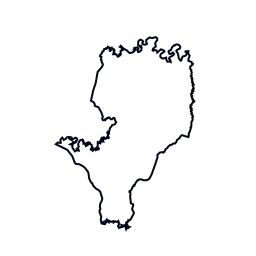 the district of Na Wa, Nakhon Phanom, Thailand, rotated 207°
{"feature_id": "78962969B93773491047037", "entity_name": "Na Wa", "entity_type": "district", "adm_level": 2, "iso_a3": "THA", "parent_name": "Thailand", "parent_adm1": "Nakhon Phanom", "projection": "robinson", "projection_center": [104.093, 17.513], "detail": "fine", "context": "isolated", "style": "outline", "palette": "ink", "viewbox_px": 256, "rotation_deg": 207, "n_neighbors": 0, "source": "geoboundaries", "source_scale": "gbopen_adm2", "svg_char_len": 5816}
<svg xmlns="http://www.w3.org/2000/svg" viewBox="0 0 256 256"><g transform="rotate(207 128 128)"><path d="M74.0,163.9L74.5,165.6L75.5,166.3L75.2,167.7L75.5,168.1L77.1,168.6L77.1,169.5L77.9,169.7L77.7,169.9L78.3,170.9L79.6,171.5L79.2,172.6L80.1,172.9L80.0,173.5L81.4,174.0L81.6,174.5L81.2,174.6L81.9,174.9L82.0,176.0L82.3,175.9L82.6,176.7L81.7,177.1L82.3,178.8L81.2,181.1L81.8,181.3L81.5,181.9L82.3,181.8L83.0,183.0L83.7,182.8L84.1,183.7L85.1,184.2L85.8,185.0L85.4,185.7L87.0,186.4L87.3,187.4L86.4,188.3L87.5,189.4L86.9,190.1L87.6,190.2L88.0,191.0L87.1,191.5L87.7,192.3L87.3,192.5L87.4,193.2L88.6,194.1L88.8,195.0L89.6,195.1L90.0,195.8L89.4,196.5L90.3,196.7L90.7,198.0L91.7,197.8L92.5,200.1L92.9,200.0L93.0,200.6L93.8,200.9L93.7,202.0L95.6,202.7L95.2,203.8L96.3,205.5L96.4,206.5L97.4,207.2L97.8,208.4L99.1,208.7L100.3,210.5L100.4,211.2L99.1,214.1L99.2,214.7L100.3,214.6L101.3,215.7L104.7,215.2L105.4,216.9L105.9,220.4L108.3,221.8L109.0,223.9L111.5,222.5L111.3,221.9L109.6,222.0L109.1,221.1L109.7,218.3L111.8,216.5L111.3,212.3L111.6,211.9L114.2,213.0L117.3,217.0L120.0,218.5L119.9,219.6L117.8,222.6L118.4,224.2L119.9,225.0L121.6,224.9L123.0,224.4L123.8,222.7L124.4,222.8L125.4,220.0L125.2,216.8L126.6,215.3L126.5,214.3L124.6,212.8L123.4,213.7L122.2,215.7L120.5,214.8L120.9,213.1L123.0,209.9L123.1,208.9L122.8,208.3L121.2,207.9L119.9,206.2L121.7,206.0L123.0,204.9L124.9,206.3L126.0,208.0L128.5,205.6L130.0,205.6L131.6,206.2L132.3,208.0L132.2,209.2L130.2,212.5L130.4,213.0L131.2,213.3L134.3,213.1L136.2,208.6L136.9,209.6L138.3,210.0L140.0,209.5L140.5,208.3L141.2,208.2L141.6,209.0L141.6,210.3L140.2,213.3L142.1,215.5L142.3,217.7L141.8,219.6L142.6,221.1L144.5,221.6L147.1,219.2L150.0,218.4L151.7,214.8L151.0,213.1L149.3,211.6L150.4,210.1L152.8,209.3L153.7,210.0L153.8,212.0L156.0,212.6L157.2,212.3L158.0,210.7L158.0,209.3L156.3,205.9L154.1,207.1L153.5,206.9L153.4,205.8L152.4,205.8L151.4,203.3L152.5,200.9L153.4,200.3L154.2,200.9L154.9,203.8L156.7,203.6L158.7,202.4L158.8,201.9L158.2,201.4L156.7,201.2L158.2,200.0L157.3,199.5L157.9,197.7L160.5,195.5L164.4,196.6L168.4,196.8L171.7,198.0L172.1,196.6L169.8,196.7L169.4,195.5L168.2,194.9L169.6,193.2L168.0,190.7L169.2,189.9L169.2,189.2L168.2,188.9L169.4,186.9L172.2,188.3L174.7,187.0L174.9,188.8L174.2,188.9L175.7,189.9L175.8,190.5L175.4,190.2L175.2,191.1L176.1,191.6L177.1,191.8L176.9,191.4L178.2,190.8L178.9,188.5L179.5,188.7L179.2,189.9L179.8,190.4L179.8,191.4L180.6,190.6L181.5,191.2L182.8,191.2L182.3,189.0L182.7,189.5L183.7,189.3L183.4,188.5L185.1,187.5L184.7,185.2L185.5,184.6L185.2,182.9L185.8,180.0L185.4,179.1L183.9,179.2L183.1,176.4L182.3,176.3L181.6,175.5L181.4,174.7L179.7,173.8L179.0,172.7L179.0,170.3L180.5,164.1L177.2,153.4L176.1,146.0L173.4,135.5L170.0,135.3L168.3,134.0L168.0,133.1L167.3,132.6L164.0,133.1L162.8,132.5L159.5,130.3L155.5,126.6L155.4,124.8L153.9,123.6L152.8,124.1L152.6,125.0L151.9,125.9L151.7,125.6L151.4,127.2L150.4,128.1L150.2,127.9L149.9,128.7L149.3,128.9L147.2,128.0L146.2,128.6L145.6,130.4L144.5,130.7L143.2,129.1L141.2,127.8L141.4,125.3L143.5,123.2L143.4,121.8L144.0,120.2L143.2,115.9L142.4,114.6L143.1,114.2L144.3,115.0L144.4,114.3L142.6,113.2L142.4,111.9L140.8,110.8L140.7,110.1L141.3,109.9L142.6,110.5L142.7,108.8L143.2,108.1L145.2,108.8L145.3,108.0L144.5,107.1L144.7,106.5L146.7,107.6L147.0,107.4L146.9,106.6L145.8,106.4L143.8,104.7L144.8,104.3L145.9,105.1L146.8,105.0L147.1,103.2L145.8,102.6L145.7,101.7L148.5,101.6L146.7,98.0L147.2,95.7L146.7,95.3L145.6,96.8L144.7,96.5L144.4,95.9L146.8,93.4L147.3,93.7L147.1,94.7L147.9,94.9L148.9,93.5L149.1,91.7L149.6,91.9L149.8,93.4L150.3,93.2L150.8,91.9L151.4,91.9L151.6,92.7L150.9,94.8L152.0,95.2L152.7,96.5L154.8,96.6L155.2,97.5L156.2,97.4L155.9,95.8L156.7,95.9L157.3,96.8L157.9,96.1L156.1,94.9L157.3,92.8L158.3,93.5L158.6,94.8L160.6,93.8L160.9,95.3L161.9,95.3L162.3,96.7L163.3,97.0L165.1,95.3L165.4,92.5L164.8,90.4L163.4,89.0L163.4,87.6L164.2,86.4L161.8,86.0L161.5,85.5L163.8,84.7L164.7,83.1L168.4,85.1L170.0,87.6L172.0,87.3L171.6,87.9L169.9,88.4L170.9,90.2L170.7,90.7L170.1,90.9L169.0,90.2L168.0,91.6L168.6,93.0L167.9,93.6L167.9,94.6L169.1,95.6L169.9,95.7L170.7,95.2L172.7,91.7L175.5,91.8L175.4,92.3L173.4,93.1L173.9,93.9L174.8,93.8L176.7,93.2L178.4,91.7L178.5,90.1L179.8,88.2L182.2,89.6L182.7,88.3L182.8,86.4L181.3,84.7L181.2,84.1L184.1,83.1L184.9,80.8L172.3,81.0L165.0,77.7L159.3,72.7L157.8,72.4L155.0,73.6L150.6,73.5L148.2,72.9L144.1,71.0L142.5,69.5L139.7,65.4L136.0,62.6L134.9,62.6L132.7,60.7L128.8,59.4L126.0,59.3L123.8,58.6L119.0,53.6L118.4,52.0L118.3,47.8L117.2,44.8L115.9,43.4L115.8,41.1L114.3,39.2L113.5,39.0L112.7,37.7L111.7,37.1L110.5,33.6L108.2,31.0L107.8,31.2L107.5,33.0L106.3,32.5L106.3,31.4L105.5,31.7L105.8,33.5L104.8,32.8L104.8,34.4L105.7,34.7L105.4,36.5L104.7,35.6L104.4,36.6L103.9,36.7L103.4,35.4L102.4,35.2L103.0,36.6L101.3,36.9L100.5,36.6L98.8,38.3L98.0,37.2L96.9,39.2L94.9,39.2L94.4,40.7L92.1,38.3L92.5,36.2L90.8,34.9L90.3,35.9L89.8,35.8L89.1,37.8L88.6,38.0L88.1,37.4L87.7,38.1L89.2,38.7L87.9,38.9L87.0,39.8L86.6,38.8L85.2,38.7L83.6,36.9L83.4,39.1L82.3,39.1L81.7,40.4L84.6,39.5L85.7,40.9L84.7,41.4L86.7,42.6L86.6,43.0L86.1,42.8L86.1,43.5L85.6,43.8L85.9,46.0L85.1,45.8L84.2,47.6L84.0,54.5L84.6,55.5L87.6,57.6L88.3,61.8L89.2,62.4L91.2,62.2L94.9,67.8L96.2,71.0L96.9,71.7L97.5,71.7L97.5,72.2L97.9,72.4L97.1,73.5L96.9,75.9L97.2,77.8L96.8,78.3L96.9,79.5L96.4,79.6L96.6,79.9L96.2,80.4L96.3,82.7L95.8,85.7L95.0,86.3L94.8,87.2L93.0,88.2L90.3,88.6L88.1,89.6L86.6,91.2L85.9,92.9L85.9,97.5L87.2,107.6L88.4,115.3L89.5,117.2L89.3,118.5L88.4,120.7L86.3,122.1L85.4,122.1L85.5,122.8L84.7,123.4L84.9,126.1L83.8,128.3L83.9,129.1L82.7,132.2L81.7,132.6L80.6,134.8L79.1,135.5L78.6,137.4L78.9,139.6L77.5,142.4L77.5,144.4L76.6,146.2L70.2,147.2L70.2,148.5L71.1,149.8L71.7,155.2L72.1,156.8L72.5,157.0L72.2,157.9L74.3,162.4L74.0,163.9Z" fill="none" stroke="#020617" stroke-width="2"/></g></svg>